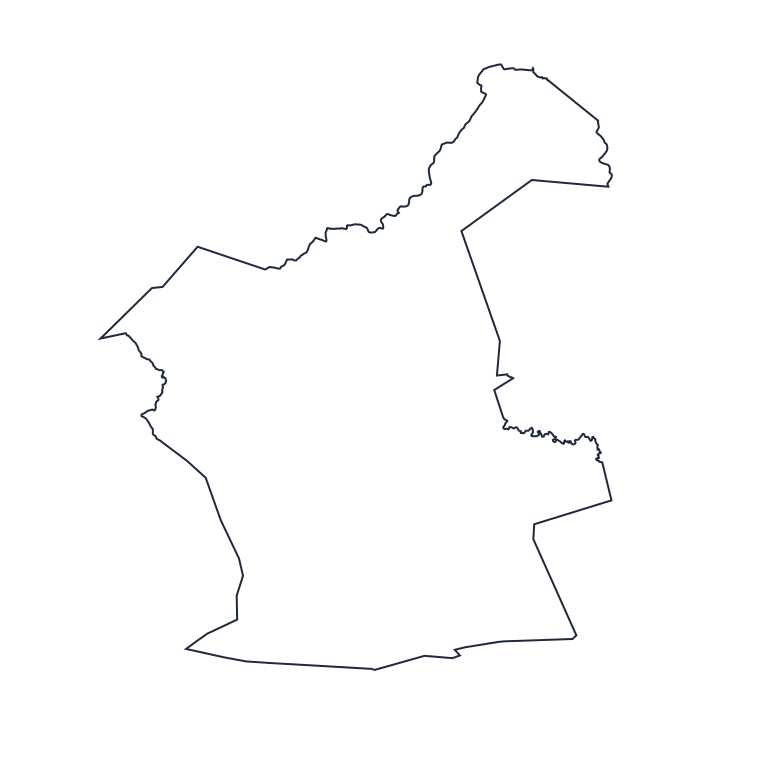 Gualaco, Olancho, Honduras, rotated 348°
{"feature_id": "27666195B37652459733493", "entity_name": "Gualaco", "entity_type": "district", "adm_level": 2, "iso_a3": "HND", "parent_name": "Honduras", "parent_adm1": "Olancho", "projection": "mercator", "projection_center": [-86.008, 15.224], "detail": "fine", "context": "isolated", "style": "outline", "palette": "slate", "viewbox_px": 768, "rotation_deg": 348, "n_neighbors": 0, "source": "geoboundaries", "source_scale": "gbopen_adm2", "svg_char_len": 6149}
<svg xmlns="http://www.w3.org/2000/svg" viewBox="0 0 768 768"><g transform="rotate(348 384 384)"><path d="M230.2,211.0L187.6,243.0L176.9,241.9L116.2,280.6L141.7,280.6L142.0,280.8L142.7,282.9L144.2,283.7L147.5,289.4L149.6,292.4L150.8,296.3L151.0,299.3L153.0,304.2L152.4,306.1L154.2,308.0L155.5,308.8L156.8,310.2L159.5,311.3L160.8,313.8L162.2,315.8L162.3,318.3L163.3,319.5L164.2,321.9L165.8,322.6L167.0,323.7L169.7,324.3L171.1,326.3L171.0,326.7L170.0,327.2L169.6,328.9L168.4,329.8L168.2,331.0L168.6,331.7L170.0,331.4L170.5,332.2L171.4,332.9L171.4,334.4L171.7,335.3L170.4,337.7L169.1,338.5L167.3,338.7L167.0,341.6L165.6,343.9L165.7,345.6L165.3,346.4L162.1,349.2L159.7,349.4L160.2,351.4L160.1,352.6L159.7,353.0L157.7,353.9L157.4,354.2L157.0,355.3L156.1,356.5L156.1,359.2L154.9,361.4L154.3,362.0L153.9,362.2L153.4,362.0L152.6,361.1L152.0,360.8L147.1,361.2L143.8,362.7L140.5,363.4L140.1,364.9L140.4,365.4L141.3,365.8L143.3,367.5L144.5,369.4L146.3,373.8L146.9,377.0L148.5,380.0L147.6,384.4L147.8,385.7L149.3,387.1L150.2,389.0L150.1,389.7L150.5,390.6L153.8,393.2L154.1,393.9L175.4,418.3L190.1,438.7L196.0,483.3L205.9,524.6L206.2,542.3L195.9,560.4L191.4,583.9L159.1,591.5L146.8,596.8L135.3,602.0L170.7,618.1L191.5,626.7L214.0,633.1L312.4,660.0L315.5,661.7L367.1,658.3L393.9,666.4L401.8,665.3L398.0,658.7L408.7,658.4L443.0,660.1L448.6,660.8L515.3,672.6L519.9,669.9L497.8,566.8L501.8,552.4L582.3,545.1L581.2,506.0L578.8,505.1L577.8,503.7L576.4,502.8L575.9,501.9L576.3,501.1L578.3,501.2L578.9,500.9L578.5,499.7L579.0,498.9L578.4,498.0L578.4,497.4L579.5,497.0L580.2,496.4L581.5,496.6L581.8,496.3L581.6,495.9L580.8,495.4L581.0,494.7L580.8,493.0L580.5,492.3L580.2,492.1L579.3,492.4L579.8,489.2L580.5,488.2L579.6,486.9L578.8,484.0L579.3,482.1L578.1,480.7L577.7,479.3L576.8,479.3L575.9,481.7L575.1,482.5L574.3,482.5L574.0,482.2L573.5,480.2L572.7,478.5L572.2,478.1L570.9,478.0L570.0,477.6L569.5,476.6L569.4,475.1L568.7,474.2L568.1,474.2L567.6,474.5L566.2,475.9L564.7,476.9L563.0,478.7L561.7,478.8L559.9,478.5L559.2,478.7L558.9,479.1L559.2,480.7L559.1,481.4L558.1,482.2L556.6,482.5L554.8,481.1L554.7,479.1L554.2,478.5L553.6,478.6L553.1,479.7L552.5,479.9L551.7,479.2L551.7,478.3L550.0,478.3L549.2,476.8L548.3,477.6L547.6,479.6L547.2,479.8L545.3,478.4L544.4,476.9L541.7,474.4L540.6,474.5L540.0,475.9L539.5,476.3L538.9,476.3L538.2,475.9L537.5,474.8L537.6,473.8L540.6,472.7L541.2,471.4L540.9,471.2L540.1,471.1L539.5,470.8L537.6,466.7L536.3,465.4L535.5,465.2L535.0,465.4L534.2,467.4L532.2,466.5L531.2,466.5L530.6,466.8L529.4,468.5L528.9,468.6L527.9,468.6L527.5,468.1L527.5,466.1L526.7,464.1L526.7,462.7L526.4,462.4L525.7,462.2L525.0,462.4L524.5,462.8L525.3,464.8L525.2,465.6L524.8,466.1L521.9,466.8L519.8,466.2L518.4,466.0L517.6,465.5L517.4,464.9L517.6,464.3L519.4,462.6L519.8,461.8L520.0,459.1L519.7,458.1L519.4,457.6L518.5,457.8L515.6,459.7L513.0,459.2L511.1,460.9L510.3,461.2L509.5,460.7L507.7,460.4L507.6,460.0L508.0,458.7L506.0,457.4L505.6,455.3L504.8,453.9L503.5,453.9L501.5,454.4L499.5,452.7L498.0,452.3L497.5,452.5L496.6,453.9L496.1,454.2L494.6,453.2L492.6,453.2L491.7,452.3L491.6,451.6L491.8,450.9L493.3,449.7L494.5,447.8L496.4,446.4L496.9,445.7L494.3,443.2L493.6,441.2L490.6,412.8L511.5,405.2L510.4,404.2L508.2,402.9L506.8,401.7L506.5,401.1L506.6,400.2L496.2,399.2L506.3,366.0L491.5,250.5L571.0,215.2L644.5,237.7L644.6,237.1L644.1,235.3L644.2,234.5L649.1,229.8L649.9,228.4L650.3,226.8L650.2,225.8L649.0,224.7L648.6,223.9L649.5,221.2L649.8,219.7L649.7,218.1L649.1,216.7L648.5,216.1L643.3,213.2L641.6,211.7L641.0,210.4L641.2,209.4L641.6,208.7L644.4,207.3L647.6,204.8L650.3,202.3L651.0,201.4L651.3,200.7L651.8,197.6L651.6,195.8L650.0,193.6L649.7,190.9L647.7,186.8L644.9,183.3L644.2,181.8L644.6,181.0L646.3,179.3L647.5,177.7L647.8,172.1L648.2,171.0L608.6,122.2L608.4,121.6L607.2,121.0L606.8,118.9L605.7,119.0L604.2,117.9L602.9,118.2L602.3,116.7L601.4,116.9L600.5,116.6L597.7,114.8L596.9,113.0L595.0,110.2L595.0,108.5L595.6,106.8L595.4,106.1L594.3,107.6L593.0,107.8L583.9,104.9L578.0,104.0L577.5,103.7L576.7,102.3L575.9,101.9L572.6,101.5L567.3,101.3L566.5,100.5L565.2,96.3L564.4,95.6L562.3,95.4L553.2,95.7L546.9,96.8L541.7,101.0L540.4,102.4L539.8,103.4L537.9,108.6L538.0,109.1L540.0,111.5L541.1,112.1L541.4,112.5L540.4,115.0L539.8,118.2L541.8,120.0L542.8,120.6L544.0,121.9L543.7,122.7L539.7,127.8L538.4,129.1L534.9,131.7L533.2,133.7L529.6,137.1L525.4,140.3L522.3,144.4L519.9,145.9L517.7,146.9L515.4,150.1L513.2,151.2L511.0,152.8L509.2,154.7L506.8,158.2L505.0,159.0L502.7,161.4L500.4,162.2L495.5,160.9L490.4,161.8L490.0,162.3L488.2,165.8L486.8,167.6L482.3,170.3L480.9,171.4L480.3,172.4L479.6,175.7L478.5,178.0L477.9,178.5L475.9,179.2L474.9,180.0L473.3,181.8L472.4,183.5L472.0,186.5L471.7,191.7L472.0,196.8L471.8,197.7L471.3,198.4L470.5,198.8L467.5,198.1L467.0,198.3L466.0,199.4L464.2,199.0L463.3,199.3L462.5,200.2L461.7,203.3L461.0,204.8L460.3,205.8L459.3,206.4L456.7,206.9L451.9,206.2L449.5,206.7L448.4,207.2L447.2,208.4L446.2,211.8L445.2,213.7L444.5,214.3L442.4,214.9L439.3,214.4L437.5,213.7L436.8,213.8L434.0,216.0L433.5,216.7L433.3,217.7L434.1,219.7L432.4,220.1L430.4,221.8L429.6,221.9L428.1,221.4L425.1,220.0L423.4,218.7L422.6,218.5L421.6,218.7L419.1,220.6L417.6,221.0L416.2,221.6L415.2,222.6L414.9,224.0L415.2,225.6L415.9,226.8L416.1,227.8L415.9,230.6L415.6,231.4L415.3,231.7L414.5,231.6L412.7,230.5L411.8,230.4L410.2,230.9L407.7,232.8L406.4,233.6L401.9,233.0L400.6,231.9L399.9,228.3L399.1,227.1L397.1,225.8L394.8,223.6L393.3,223.0L388.5,221.7L384.4,221.9L383.0,221.7L381.4,221.1L380.7,221.5L380.0,224.1L379.2,224.5L377.3,223.9L375.1,222.8L372.9,222.8L370.2,222.2L367.5,221.9L362.9,220.7L361.8,219.9L361.2,219.7L360.5,220.2L360.1,221.4L358.5,223.5L357.7,227.1L357.7,230.5L357.4,232.2L357.2,232.5L356.5,232.4L352.3,229.6L349.5,228.1L348.2,226.9L347.2,226.8L345.9,228.3L343.5,230.3L340.7,231.7L339.1,234.0L337.4,237.1L335.3,239.3L332.6,239.9L331.3,240.6L329.4,241.1L327.8,242.7L326.0,243.4L323.8,244.8L322.0,244.5L320.4,243.2L319.7,242.9L314.9,242.2L312.7,245.4L311.3,246.8L309.8,247.5L308.0,247.8L306.7,249.2L305.9,249.5L302.7,248.4L300.7,247.1L299.0,246.8L296.7,245.8L295.4,246.0L291.6,247.3L230.2,211.0Z" fill="none" stroke="#1e293b" stroke-width="2"/></g></svg>